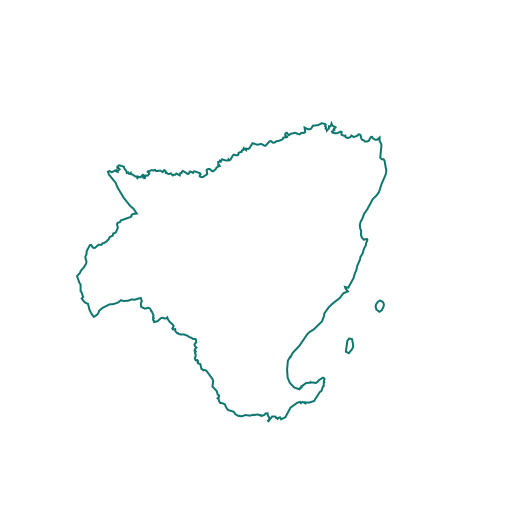 Kinondoni, Dar-Es-Salaam, United Republic of Tanzania, rotated 56°
{"feature_id": "72390352B66429416458525", "entity_name": "Kinondoni", "entity_type": "district", "adm_level": 2, "iso_a3": "TZA", "parent_name": "United Republic of Tanzania", "parent_adm1": "Dar-Es-Salaam", "projection": "orthographic", "projection_center": [39.159, -6.719], "detail": "fine", "context": "isolated", "style": "outline", "palette": "teal", "viewbox_px": 512, "rotation_deg": 56, "n_neighbors": 0, "source": "geoboundaries", "source_scale": "gbopen_adm2", "svg_char_len": 6152}
<svg xmlns="http://www.w3.org/2000/svg" viewBox="0 0 512 512"><g transform="rotate(56 256 256)"><path d="M399.9,338.0L398.1,332.3L400.0,329.7L401.7,329.9L402.2,329.1L403.0,329.2L402.8,327.4L403.2,326.3L405.4,326.5L406.1,321.8L401.0,312.2L400.7,303.8L401.7,300.9L403.0,301.1L403.1,298.9L405.3,297.7L404.5,297.4L404.7,297.0L405.7,296.5L406.0,295.4L407.1,294.3L408.7,289.0L404.5,279.3L404.5,277.3L401.7,273.6L401.7,272.6L399.1,270.8L399.0,270.0L397.4,269.6L396.7,268.2L395.6,267.8L394.3,268.5L394.1,273.0L394.7,274.8L394.7,277.5L391.9,280.5L391.7,281.2L391.1,281.4L391.4,281.9L389.3,285.3L389.5,289.7L390.0,290.7L389.5,291.1L390.0,291.5L390.0,292.7L390.5,292.6L390.8,294.5L386.3,297.9L380.1,298.9L374.6,297.8L367.9,294.0L360.7,288.2L358.7,284.1L359.1,283.9L356.8,279.6L354.7,270.2L349.7,257.7L349.0,255.1L349.1,248.7L347.1,237.9L343.5,232.7L342.0,231.8L339.2,224.5L338.2,218.7L337.7,210.1L335.7,204.3L336.8,199.7L333.1,200.0L331.4,199.5L333.9,197.3L328.8,187.4L326.1,184.3L323.7,180.5L320.8,177.6L317.1,171.7L315.2,170.0L313.7,166.5L310.2,162.2L308.4,158.7L307.2,157.9L304.9,154.6L303.9,154.5L302.7,157.6L299.4,157.9L297.1,157.1L293.9,154.7L291.6,154.3L288.5,152.7L286.0,150.0L284.8,147.4L281.3,142.5L279.6,137.8L274.2,127.6L273.3,122.6L271.8,118.3L266.7,111.9L261.2,103.3L258.6,100.5L249.0,96.2L247.1,96.1L246.2,97.6L243.9,98.0L234.4,90.1L232.6,89.4L230.0,89.3L226.9,87.3L227.4,90.4L226.3,92.1L224.1,93.2L222.1,93.1L221.7,93.8L221.9,95.1L223.6,98.0L223.1,100.0L222.1,101.6L220.2,102.1L219.2,103.0L217.4,103.0L214.4,101.7L213.2,102.1L212.5,103.1L213.0,104.4L212.1,108.4L209.5,109.5L210.2,111.2L209.5,114.0L207.6,115.3L206.2,114.6L205.6,115.8L203.2,117.3L200.9,115.7L200.2,116.2L199.7,119.6L198.7,121.5L196.6,123.6L195.4,123.4L195.3,120.6L194.4,120.7L193.8,118.1L190.6,119.8L188.4,119.3L189.7,121.0L190.0,122.3L189.3,122.9L191.0,124.2L191.6,126.9L191.2,126.6L189.3,127.1L188.4,125.9L187.0,126.2L186.1,124.7L185.1,124.9L182.7,127.3L182.2,131.5L179.8,135.9L181.2,139.0L180.7,141.1L179.6,142.3L176.7,143.9L180.8,145.9L180.8,147.2L179.3,149.7L179.6,151.7L178.4,153.0L176.0,154.3L174.2,158.6L174.2,161.2L171.1,161.5L170.8,162.3L170.8,162.9L171.9,164.2L173.0,164.3L174.1,163.5L174.7,163.6L174.7,164.3L173.1,167.0L174.1,168.7L173.5,172.2L172.2,175.1L172.4,176.9L171.7,178.5L168.8,179.5L168.6,180.8L169.9,186.3L169.4,187.2L166.1,188.9L164.4,192.8L160.5,195.8L162.9,201.0L162.9,202.7L161.5,204.1L162.6,204.9L159.8,205.8L160.9,207.0L160.5,207.3L160.8,208.9L161.7,209.9L160.9,211.2L161.0,213.2L161.9,213.7L162.3,214.6L161.5,216.1L159.1,218.0L159.6,217.8L159.7,219.0L161.9,223.5L161.8,224.3L160.5,224.7L161.3,225.5L160.0,227.6L156.8,230.1L158.1,232.5L156.9,232.7L157.4,233.4L156.9,234.7L159.2,236.2L159.9,235.7L161.1,235.8L160.6,237.4L160.7,239.5L161.5,240.8L161.8,244.1L161.2,244.9L158.1,245.7L157.2,246.8L156.9,248.7L160.9,250.8L160.8,255.9L160.0,257.2L158.5,258.1L157.7,257.6L157.2,256.2L156.1,256.2L151.7,259.3L151.2,260.2L151.9,261.7L149.3,263.1L149.0,263.9L150.0,265.2L150.0,266.6L144.6,269.0L144.6,270.2L145.6,271.4L145.0,272.7L146.5,274.2L143.1,275.9L143.5,277.4L142.7,278.7L142.7,279.9L139.8,280.4L139.6,282.0L138.6,283.1L137.0,283.6L136.7,284.3L135.2,283.6L133.8,283.7L133.5,284.2L134.2,286.4L131.7,287.6L129.8,291.3L128.1,291.6L127.7,293.4L126.7,294.1L125.4,298.5L125.6,298.8L127.4,298.1L128.1,298.4L128.8,300.9L127.6,302.4L127.7,303.0L129.3,304.6L129.0,305.1L128.1,304.6L127.6,305.5L126.9,304.6L126.1,305.0L126.0,304.1L125.3,304.5L126.1,307.4L125.7,308.4L124.4,309.2L124.9,309.6L125.1,310.8L123.5,310.4L122.5,311.6L119.6,312.7L118.1,314.0L116.9,313.4L117.1,315.0L116.6,315.4L115.1,315.3L114.9,316.7L113.2,316.0L109.8,316.2L108.1,315.6L104.5,318.5L104.1,319.1L104.7,321.3L105.6,321.7L105.7,320.8L107.9,320.6L108.0,322.8L109.0,323.6L108.2,324.2L106.9,324.0L106.9,324.7L106.5,324.6L105.9,328.8L103.7,329.9L103.3,331.6L106.2,332.4L116.9,331.4L121.7,332.5L134.0,333.1L144.1,332.3L148.3,331.1L154.1,331.1L152.4,334.3L152.4,336.4L153.5,337.2L153.5,338.4L150.9,348.2L151.9,349.9L151.1,352.1L151.9,353.5L155.2,354.6L157.8,358.6L158.1,359.8L157.5,361.8L159.0,363.3L158.5,366.8L159.9,368.9L160.1,368.6L159.8,369.6L160.4,371.7L160.3,374.9L159.6,376.2L160.3,377.8L158.6,380.4L159.2,384.6L158.8,385.7L157.9,386.5L154.6,386.5L154.1,387.6L156.7,392.6L157.8,394.2L159.6,395.3L161.0,397.7L162.5,398.7L165.8,399.6L167.2,401.0L169.1,404.8L170.2,409.3L171.6,411.5L172.6,415.6L179.5,417.4L181.6,417.4L187.1,421.1L188.3,420.9L193.3,422.2L193.8,424.3L197.2,424.2L199.3,423.6L201.7,422.0L207.4,424.1L212.3,424.7L215.8,424.5L215.9,421.0L215.2,418.6L213.7,416.7L213.2,412.5L214.2,404.5L216.1,401.2L217.5,396.1L217.1,392.8L219.5,390.7L221.5,387.1L222.5,383.3L224.4,381.0L226.3,375.0L229.6,375.9L230.8,378.0L234.0,379.6L237.5,377.6L238.6,374.4L240.1,373.4L241.6,373.3L243.4,373.8L244.0,373.4L248.2,374.3L249.2,375.7L250.4,375.5L250.9,376.8L252.3,377.2L253.2,376.8L253.8,377.3L255.0,374.3L254.4,369.7L254.7,368.3L257.0,366.4L257.5,365.1L257.3,363.9L259.1,364.4L262.3,364.4L266.4,363.3L268.3,363.7L269.3,365.9L270.6,365.8L271.4,363.9L273.1,364.9L276.1,364.5L276.4,363.8L277.6,363.5L279.0,362.3L280.7,359.6L283.8,357.4L286.3,356.5L287.5,355.3L289.4,354.7L291.2,352.5L294.1,353.7L294.8,356.4L296.6,357.0L298.7,356.7L299.0,358.2L300.1,359.9L301.5,359.3L302.2,360.7L304.3,361.3L305.8,362.5L306.0,363.5L308.1,364.4L309.0,364.2L309.5,362.8L310.9,362.8L311.6,364.0L312.7,364.0L314.4,362.6L319.2,364.4L320.1,363.7L321.2,363.7L321.9,362.1L323.5,361.3L333.1,360.9L335.4,361.2L339.9,365.1L346.1,364.1L349.3,365.2L351.1,364.6L351.9,365.3L352.5,367.4L353.6,366.9L355.7,367.8L358.1,367.8L358.9,366.4L361.5,364.8L364.6,365.4L367.8,365.4L372.8,361.5L375.5,361.6L379.0,359.9L379.3,359.0L380.8,357.8L382.0,353.6L385.0,350.3L386.0,347.1L386.9,346.6L387.7,344.4L388.7,342.8L390.0,342.1L390.4,341.0L391.6,341.1L392.4,338.2L391.9,336.1L392.9,334.4L394.8,335.4L397.6,335.4L398.7,336.4L399.3,338.1L399.9,338.0ZM388.5,233.4L386.9,228.3L385.7,226.4L383.9,225.1L378.7,222.9L376.5,224.9L377.5,227.8L385.6,235.0L388.5,233.4ZM371.3,184.9L371.2,181.8L368.9,178.0L367.1,176.8L364.8,176.6L362.3,178.0L362.1,180.4L363.2,183.4L364.7,185.1L367.8,186.1L371.3,184.9Z" fill="none" stroke="#0f766e" stroke-width="2"/></g></svg>